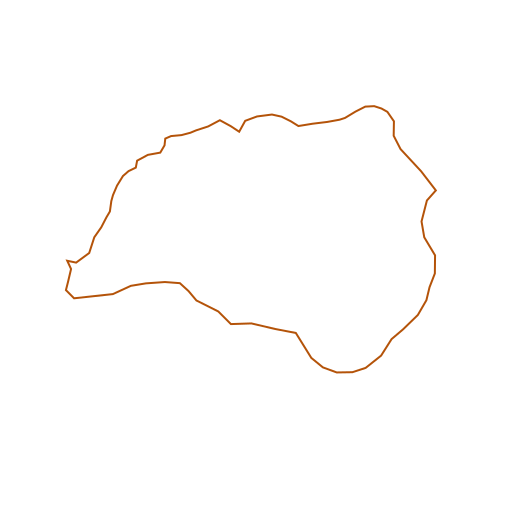 the district of Afanteia-Orniti, Cyprus, rotated 252°
{"feature_id": "46923920B30360023901504", "entity_name": "Afanteia-Orniti", "entity_type": "district", "adm_level": 2, "iso_a3": "CYP", "parent_name": "Cyprus", "parent_adm1": "", "projection": "natural_earth1", "projection_center": [33.575, 35.154], "detail": "fine", "context": "isolated", "style": "outline", "palette": "amber", "viewbox_px": 512, "rotation_deg": 252, "n_neighbors": 0, "source": "geoboundaries", "source_scale": "gbopen_adm2", "svg_char_len": 1107}
<svg xmlns="http://www.w3.org/2000/svg" viewBox="0 0 512 512"><g transform="rotate(252 256 256)"><path d="M115.7,325.7L122.6,344.2L135.1,359.3L140.8,373.2L149.9,391.7L161.3,404.4L172.7,411.4L184.1,420.7L201.3,426.5L221.8,421.8L237.7,424.1L256.0,435.7L262.8,447.3L285.6,439.2L313.0,426.5L327.8,424.1L341.5,428.8L352.5,425.5L357.5,420.9L362.0,414.7L364.3,406.1L362.6,395.3L359.8,383.3L359.8,377.6L361.5,365.1L364.3,350.8L366.5,336.5L373.3,330.8L380.6,323.4L385.6,314.9L388.4,300.1L387.9,287.5L379.4,278.4L387.3,272.1L396.3,263.6L394.0,250.5L394.0,237.9L393.5,231.7L394.0,222.5L396.3,212.3L395.7,206.0L389.5,203.2L383.9,196.9L385.6,184.4L383.4,172.4L377.2,169.0L376.1,161.0L373.2,154.2L365.9,145.6L358.1,138.8L353.0,135.4L343.5,130.8L339.0,125.7L331.1,117.7L323.8,108.0L310.4,98.3L305.3,82.9L309.8,75.0L300.8,76.1L289.6,69.3L282.3,64.7L272.0,69.9L264.0,108.1L266.3,127.8L264.0,142.8L259.4,161.3L253.7,175.2L243.5,181.0L232.1,185.6L214.9,203.0L199.0,211.1L193.3,230.8L180.7,251.6L170.5,270.1L142.0,277.1L129.4,285.2L120.3,296.8L115.7,311.8L115.7,325.7Z" fill="none" stroke="#b45309" stroke-width="2"/></g></svg>